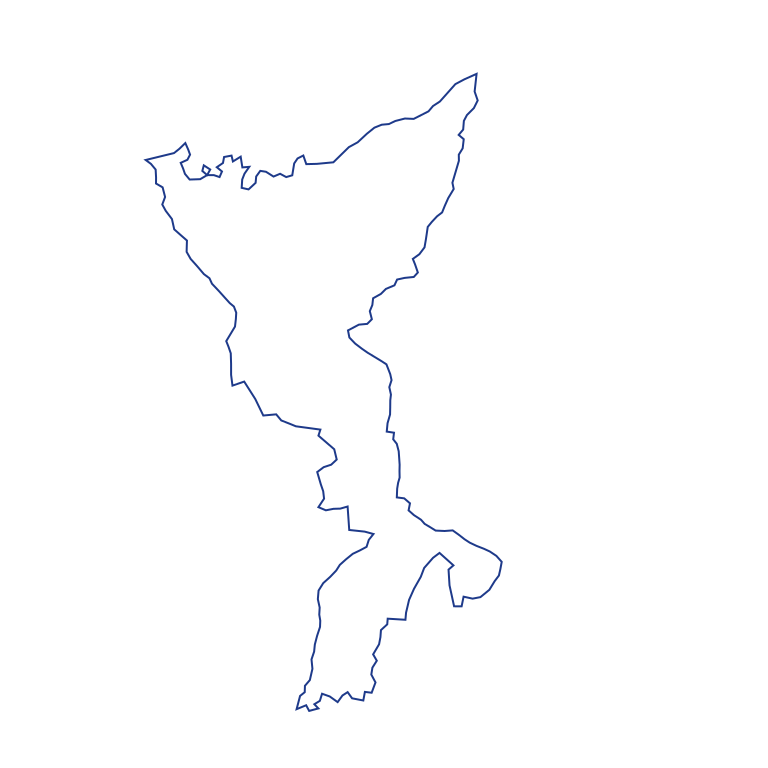 Flor da Serra do Sul, Paraná, Brazil (Albers equal-area conic projection), rotated 251°
{"feature_id": "56859067B68120244559309", "entity_name": "Flor da Serra do Sul", "entity_type": "district", "adm_level": 2, "iso_a3": "BRA", "parent_name": "Brazil", "parent_adm1": "Paraná", "projection": "albers", "projection_center": [-53.304, -26.255], "detail": "fine", "context": "isolated", "style": "outline", "palette": "blue", "viewbox_px": 768, "rotation_deg": 251, "n_neighbors": 0, "source": "geoboundaries", "source_scale": "gbopen_adm2", "svg_char_len": 3448}
<svg xmlns="http://www.w3.org/2000/svg" viewBox="0 0 768 768"><g transform="rotate(251 384 384)"><path d="M177.5,437.4L184.9,434.3L191.2,429.5L195.7,424.8L200.8,418.8L206.1,413.4L211.0,409.6L217.3,405.5L223.2,401.3L225.3,393.4L228.6,385.1L234.0,380.7L238.5,376.9L243.6,374.8L250.3,369.6L256.5,366.1L262.7,369.7L269.3,365.9L272.6,359.2L280.8,362.4L286.0,365.2L290.4,368.3L296.6,370.3L302.6,372.5L308.5,374.1L315.6,376.0L323.3,376.6L328.7,374.7L334.7,377.6L338.1,371.1L345.8,374.6L353.2,379.8L359.7,382.2L366.7,384.7L371.7,387.1L379.3,388.0L385.2,392.4L391.3,393.1L401.8,392.7L406.9,388.7L412.8,383.8L418.8,378.8L424.4,374.7L431.6,369.9L439.2,366.4L446.4,367.4L448.3,379.6L446.3,387.7L449.2,393.6L457.5,394.3L462.5,398.7L468.6,401.6L470.2,410.4L473.3,416.8L473.9,426.0L478.5,430.4L477.6,438.1L475.5,447.0L478.4,452.3L487.0,452.3L492.9,452.0L495.2,459.7L500.0,466.8L507.1,470.7L511.9,473.2L518.3,476.5L521.7,482.0L525.3,488.8L527.3,494.8L532.7,499.5L538.9,505.3L545.7,513.4L552.0,514.2L570.7,527.5L576.5,529.4L581.2,535.1L589.5,539.1L595.2,535.7L598.8,541.7L606.8,545.2L611.3,550.0L615.6,558.8L621.6,564.9L631.0,564.9L647.1,572.5L645.9,559.2L644.3,549.1L632.9,528.8L630.9,520.9L627.3,514.8L625.0,498.4L628.2,490.2L629.0,480.3L628.2,473.2L629.9,466.3L629.5,458.4L626.2,449.3L621.1,437.8L619.4,427.9L610.1,408.3L614.0,392.2L617.2,382.1L626.3,382.1L625.4,375.7L621.8,370.9L611.2,365.2L611.5,358.9L616.6,354.2L616.1,347.1L623.1,341.5L625.8,336.4L621.8,330.7L616.0,328.1L612.1,319.3L615.8,313.3L623.5,316.5L628.3,320.6L633.2,327.3L634.9,320.6L645.6,322.5L643.6,313.6L649.6,314.2L650.7,306.7L645.4,303.7L643.4,296.5L637.7,300.0L633.2,295.9L636.9,291.1L639.1,284.8L637.5,276.9L640.6,266.8L647.5,264.2L653.1,264.2L659.3,263.8L660.0,271.1L664.0,275.3L669.3,275.2L676.5,274.6L673.0,267.1L670.7,260.6L673.4,231.6L668.0,235.3L661.1,237.9L653.4,235.7L647.8,233.7L642.0,238.7L632.1,237.9L625.9,232.8L618.8,234.0L609.0,237.2L598.5,236.0L589.7,241.0L583.8,244.4L578.3,242.3L573.2,240.4L565.2,241.9L556.7,245.5L546.5,249.5L540.8,253.4L534.8,254.0L526.0,258.0L517.5,261.6L510.7,264.5L506.1,267.3L499.5,267.5L493.7,265.1L486.8,261.8L475.9,248.8L469.9,249.1L462.9,249.1L452.9,246.0L442.4,242.4L431.8,240.2L431.8,252.6L411.7,257.4L393.5,259.6L390.4,272.2L383.0,275.0L376.4,282.7L372.7,286.9L361.6,309.0L356.5,305.2L338.5,315.7L328.0,314.7L324.9,307.8L325.0,299.9L322.5,292.2L309.6,291.6L302.4,291.6L295.1,290.0L288.9,281.9L283.5,287.9L282.4,295.7L280.4,302.1L280.0,309.7L257.3,303.6L250.7,317.7L245.6,325.2L241.6,318.9L235.7,314.5L234.5,307.0L233.6,299.2L230.6,291.0L227.4,283.4L223.2,278.1L219.2,270.4L215.5,261.7L210.0,254.9L202.1,251.4L193.6,250.4L187.0,247.7L181.0,246.7L175.1,244.4L167.6,238.7L160.2,233.8L153.7,230.8L147.2,225.8L138.0,223.6L128.2,217.5L124.4,211.0L118.4,208.7L116.4,203.1L105.0,195.5L105.6,205.8L99.3,206.8L98.6,216.3L103.9,213.9L105.3,220.2L111.3,224.6L106.2,231.0L98.3,236.6L103.0,243.3L104.5,249.3L97.2,251.5L91.5,261.4L99.1,265.7L96.1,271.8L104.6,278.8L113.4,277.4L119.6,280.7L124.7,287.1L131.9,285.7L139.5,294.6L145.8,298.2L152.3,301.0L155.7,308.8L160.9,311.1L154.1,327.5L160.6,330.4L166.6,334.2L171.7,337.4L180.6,345.7L189.7,356.0L197.0,362.1L203.7,373.8L206.2,381.5L189.9,390.6L187.5,384.6L172.3,380.4L151.0,377.9L148.5,385.0L157.0,390.0L152.2,397.9L151.1,405.8L155.1,416.6L161.6,424.5L165.5,430.3L171.0,433.7L177.5,437.4ZM639.1,284.8L643.4,289.5L649.4,284.8L644.6,281.6L639.1,284.8Z" fill="none" stroke="#1e3a8a" stroke-width="2"/></g></svg>